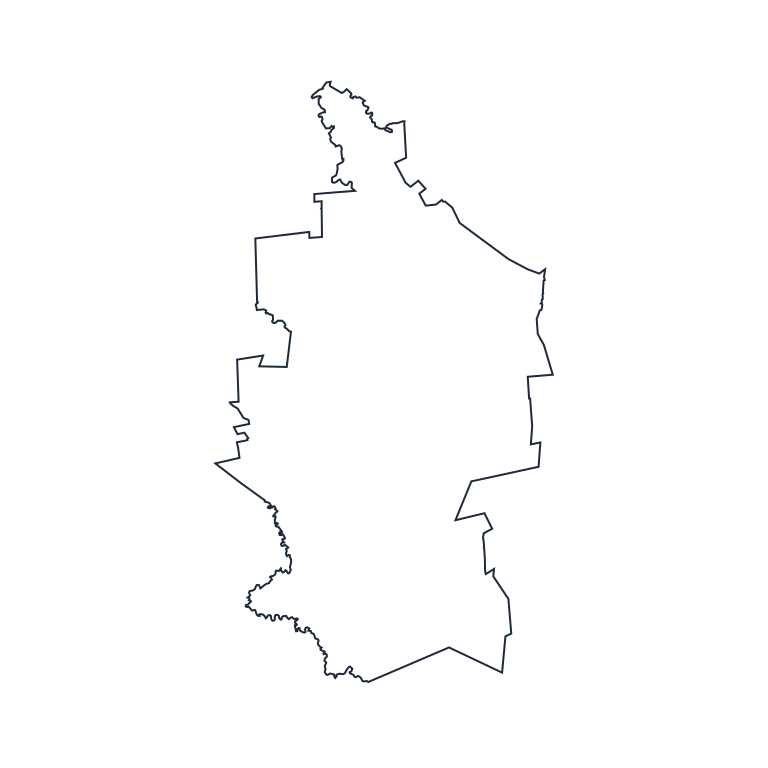 the district of Burgos, Tamaulipas, Mexico, rotated 258°
{"feature_id": "50627088B41122699535923", "entity_name": "Burgos", "entity_type": "district", "adm_level": 2, "iso_a3": "MEX", "parent_name": "Mexico", "parent_adm1": "Tamaulipas", "projection": "robinson", "projection_center": [-98.996, 24.926], "detail": "fine", "context": "isolated", "style": "outline", "palette": "slate", "viewbox_px": 768, "rotation_deg": 258, "n_neighbors": 0, "source": "geoboundaries", "source_scale": "gbopen_adm2", "svg_char_len": 6161}
<svg xmlns="http://www.w3.org/2000/svg" viewBox="0 0 768 768"><g transform="rotate(258 384 384)"><path d="M208.0,208.6L205.0,209.2L203.4,206.2L202.4,207.7L201.4,207.7L200.6,206.9L199.5,208.5L198.8,208.6L197.7,206.5L196.5,205.4L196.5,203.1L195.3,202.5L194.5,203.2L194.0,205.5L190.0,207.7L189.7,208.7L190.0,210.3L189.5,211.0L184.9,211.6L183.5,212.4L183.1,214.0L184.2,213.7L184.7,214.5L183.9,217.3L181.6,219.2L179.4,219.6L179.7,220.5L181.8,222.6L181.6,224.5L180.7,225.1L177.3,224.9L175.9,225.4L175.4,226.3L175.6,227.4L176.3,228.3L179.1,228.7L180.7,229.9L180.1,232.0L179.3,232.9L176.7,232.8L175.0,234.0L175.2,234.9L177.0,235.5L177.9,237.3L177.4,240.2L175.8,240.6L173.8,241.9L173.8,242.5L174.9,243.8L175.0,245.7L173.0,247.0L172.6,248.3L172.9,249.7L172.3,250.7L171.2,250.3L170.5,247.9L169.8,247.4L168.9,247.4L167.0,248.8L166.2,248.2L166.8,247.0L166.4,246.5L160.4,246.6L160.3,247.8L162.3,248.1L163.0,249.9L162.5,250.8L161.4,250.2L160.3,250.6L158.0,253.0L157.4,254.5L157.7,255.6L160.6,255.9L161.8,256.7L161.9,258.5L160.3,260.2L158.5,258.7L157.4,261.2L155.4,261.2L154.5,262.9L153.6,263.4L149.5,263.8L147.8,266.5L146.3,266.6L144.5,265.5L142.9,265.4L140.5,266.6L139.2,268.1L138.1,266.7L137.2,266.7L134.5,270.3L133.7,270.0L133.1,268.8L132.3,268.8L132.6,270.6L131.3,271.7L129.2,271.4L127.8,269.1L125.4,268.2L124.1,269.4L123.2,269.5L120.5,267.4L117.2,267.6L115.4,266.4L113.8,266.2L111.3,267.6L111.2,268.4L112.0,271.1L110.4,274.5L107.7,274.6L106.6,275.2L107.9,276.8L109.2,276.7L109.7,277.8L109.9,280.3L108.7,283.5L109.2,285.6L112.7,288.5L114.6,291.1L114.7,292.0L112.1,293.8L109.8,292.4L109.3,290.4L108.2,290.5L105.8,293.7L104.0,294.1L103.4,294.7L103.1,295.7L103.8,297.6L102.9,299.3L100.6,300.5L97.8,301.2L97.3,302.6L97.0,305.4L95.8,306.7L112.8,392.8L77.1,439.5L111.9,450.3L113.4,456.6L147.9,461.0L173.2,450.9L180.2,453.2L176.9,444.1L180.2,444.0L191.3,446.2L202.1,447.8L202.9,447.5L203.9,448.0L208.7,448.7L213.1,448.9L217.3,450.6L219.9,459.7L236.7,455.4L235.9,425.6L270.6,449.2L270.9,518.0L294.3,524.8L294.4,515.1L312.0,520.2L339.4,523.9L339.6,522.9L361.2,526.1L358.0,551.0L388.9,548.5L400.9,544.8L416.0,546.9L423.7,551.8L423.7,553.0L424.7,553.9L428.3,555.3L429.7,555.3L430.1,554.2L430.6,555.0L433.6,555.9L434.2,557.0L438.6,557.7L439.2,558.5L440.3,558.4L451.9,561.6L452.1,562.8L455.6,562.8L462.8,565.5L459.7,558.9L466.4,548.3L480.2,531.8L525.8,491.5L542.2,487.5L549.7,481.7L550.2,479.7L552.0,478.8L548.7,472.1L549.8,461.9L562.8,458.1L566.3,465.2L575.7,459.9L571.4,450.9L576.3,447.0L598.0,440.8L600.7,452.7L634.3,457.9L636.7,458.7L637.1,457.4L636.4,451.4L637.3,446.6L636.9,445.5L637.4,443.4L636.9,442.9L636.1,440.4L634.6,439.3L631.0,444.4L629.0,444.3L628.8,442.8L632.0,438.1L634.0,438.1L634.0,435.6L634.9,432.5L636.9,430.7L637.8,428.9L641.1,429.4L642.2,428.6L642.1,427.5L643.2,426.8L645.2,427.1L647.6,425.8L648.9,427.0L649.3,428.3L651.4,428.8L652.0,428.4L652.1,427.8L651.5,426.6L651.8,423.9L652.8,422.8L654.9,423.4L655.0,424.6L657.3,426.2L658.2,426.1L660.5,422.4L663.4,421.6L664.3,422.0L665.0,424.1L669.6,419.7L669.6,417.0L670.1,416.2L671.1,416.0L671.2,415.0L671.0,413.5L669.9,413.0L670.0,412.4L670.6,412.1L671.2,411.1L671.7,410.7L673.4,411.4L673.7,412.3L675.3,412.3L680.1,408.8L678.0,405.3L677.4,403.2L686.4,393.4L687.7,393.1L690.7,394.6L690.9,390.2L686.4,385.4L685.6,385.6L685.2,381.6L681.5,374.4L679.8,372.9L678.8,373.3L679.1,373.6L678.5,374.4L679.2,378.2L679.0,380.8L678.3,381.9L677.3,381.5L676.6,379.4L671.6,378.4L667.1,380.2L664.7,382.9L662.5,382.9L662.1,382.8L662.4,381.2L661.5,376.8L660.7,375.9L659.2,375.8L658.5,376.7L658.9,378.0L658.0,378.8L656.0,379.0L654.6,377.8L652.8,377.9L646.1,380.3L645.5,384.0L647.3,386.4L646.4,387.0L646.4,388.6L644.9,388.3L643.1,385.1L641.5,384.2L640.8,382.2L636.2,383.4L634.8,382.3L633.3,382.3L631.8,382.8L627.9,386.1L626.3,386.1L626.9,389.6L626.6,390.3L625.6,391.2L623.7,391.7L622.5,391.6L620.5,390.6L613.6,390.0L612.5,390.0L612.6,391.1L611.1,390.8L609.8,389.7L608.0,383.9L603.9,383.3L598.8,381.1L597.8,380.0L597.0,376.7L596.3,375.9L592.4,375.2L591.4,376.2L591.3,378.7L592.8,381.5L593.2,383.5L589.3,384.9L586.6,387.6L586.4,389.4L589.1,392.4L588.5,393.9L587.6,394.4L582.5,393.1L579.0,395.7L584.3,355.3L576.7,353.8L575.7,361.0L569.2,359.6L568.7,359.0L568.2,359.4L540.7,353.9L542.4,341.4L548.3,342.5L553.1,288.4L490.5,276.9L490.3,277.5L489.7,277.5L488.5,275.3L487.5,274.8L485.7,275.2L482.8,275.0L482.0,282.0L480.3,284.1L478.5,283.0L477.4,283.5L477.7,284.8L475.6,286.9L475.7,287.6L474.2,289.5L469.7,288.7L468.6,287.6L467.4,287.9L466.6,288.8L466.4,290.3L468.1,293.8L467.3,295.2L467.4,296.8L466.0,298.4L463.4,299.7L462.2,299.9L460.9,298.6L459.9,298.7L458.1,300.6L455.5,302.1L454.6,303.9L420.9,292.4L427.2,265.7L437.0,271.7L438.4,245.4L396.9,238.1L398.1,229.4L396.8,229.7L393.6,232.3L390.4,235.8L379.9,239.5L377.2,243.9L373.0,243.9L373.0,228.2L365.4,230.3L365.4,237.3L359.3,240.0L358.8,238.8L357.6,238.8L357.4,237.2L357.6,228.0L351.7,228.0L341.8,227.3L341.4,202.5L316.5,223.7L295.0,243.2L293.8,242.9L291.8,246.7L291.0,247.4L287.3,248.5L287.2,247.7L288.4,246.0L287.6,244.7L286.9,244.8L286.1,246.4L286.6,247.6L286.4,249.2L287.4,250.3L287.0,251.5L285.1,252.1L284.3,251.4L282.7,252.8L281.5,253.2L281.0,251.9L277.8,248.1L277.4,248.4L277.6,250.0L276.6,250.4L273.7,248.9L270.7,248.4L270.2,250.6L269.6,251.0L268.8,250.5L269.0,248.8L267.9,248.5L267.0,249.0L266.1,251.1L260.5,253.6L260.0,252.9L260.8,251.7L260.7,251.0L259.3,250.3L258.0,250.6L257.7,251.6L258.9,251.2L259.4,251.6L259.3,252.3L257.5,254.1L253.9,255.1L253.2,254.6L253.3,252.3L252.3,252.1L249.9,253.3L250.0,251.2L249.3,250.2L248.2,249.9L247.3,250.1L246.7,251.0L246.8,252.3L247.4,253.1L247.1,253.8L244.1,256.3L243.4,255.5L242.9,253.8L240.6,254.1L239.4,253.2L237.7,252.8L235.8,253.4L236.6,255.2L236.1,256.3L234.2,255.9L232.2,256.6L228.9,256.1L224.4,253.9L221.6,254.2L219.0,252.3L218.6,251.6L218.8,250.7L221.6,249.7L222.4,248.9L220.9,247.2L220.6,245.9L222.3,244.8L225.0,244.7L223.0,242.5L223.9,239.6L222.7,238.8L221.0,238.5L220.1,237.5L219.3,235.5L219.4,233.4L218.9,232.4L217.2,233.6L215.8,233.6L214.8,231.5L213.1,230.2L213.1,228.0L212.5,226.0L209.8,220.6L213.3,219.9L213.8,217.8L212.6,216.5L210.1,214.9L209.3,212.8L209.4,209.6L208.0,208.6Z" fill="none" stroke="#1e293b" stroke-width="2"/></g></svg>